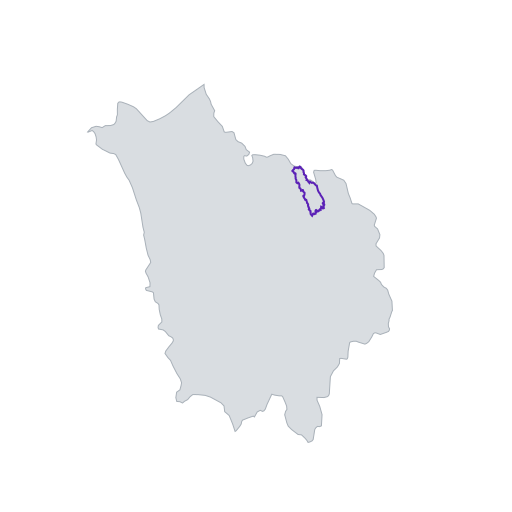 Pastavy, Vitebsk, Belarus shown in context, rotated 69°
{"feature_id": "67162791B41761210959552", "entity_name": "Pastavy", "entity_type": "district", "adm_level": 2, "iso_a3": "BLR", "parent_name": "Belarus", "parent_adm1": "Vitebsk", "projection": "natural_earth1", "projection_center": [27.066, 55.118], "detail": "fine", "context": "in_parent", "style": "outline", "palette": "violet", "viewbox_px": 512, "rotation_deg": 69, "n_neighbors": 0, "source": "geoboundaries", "source_scale": "gbopen_adm2", "svg_char_len": 8405}
<svg xmlns="http://www.w3.org/2000/svg" viewBox="0 0 512 512"><g transform="rotate(69 256 256)"><path d="M412.3,338.4L404.5,338.0L395.3,338.2L390.1,341.0L384.5,339.6L380.5,341.3L371.4,349.1L367.9,353.4L364.6,359.9L362.7,364.7L363.8,368.1L365.6,371.3L366.0,374.7L366.9,377.3L364.7,379.3L363.4,382.1L359.5,381.6L354.7,378.9L353.7,375.0L350.0,372.3L347.6,370.9L343.6,370.7L337.3,372.0L329.0,372.9L322.8,373.2L319.4,374.6L314.4,375.9L312.4,374.3L309.6,369.9L307.2,365.6L305.6,363.6L304.2,363.1L302.6,363.2L300.6,364.6L299.2,366.0L294.0,367.7L291.7,369.2L289.2,373.2L287.5,373.0L285.8,372.0L283.8,367.5L281.0,366.5L276.6,366.4L271.2,365.5L266.8,364.1L265.2,364.5L262.6,366.4L259.7,366.6L253.5,364.9L252.3,365.7L248.8,370.7L247.1,370.9L246.1,370.3L246.6,366.0L243.0,364.5L236.9,364.2L232.7,364.8L230.6,364.7L229.5,363.8L224.3,356.6L221.5,356.1L216.6,356.5L209.2,355.6L200.8,354.0L196.2,353.4L193.8,351.8L188.6,351.2L174.7,348.2L169.0,347.6L160.7,347.6L147.9,346.9L139.8,347.3L136.0,348.3L131.6,348.9L116.5,349.8L111.0,350.6L109.4,352.1L107.6,355.4L101.3,361.2L95.2,365.0L94.1,365.3L90.5,363.3L87.6,362.6L84.1,362.4L81.7,363.0L80.1,364.0L80.2,368.4L79.9,368.8L77.3,363.6L77.6,358.8L79.1,356.1L81.0,353.6L80.3,349.9L82.1,345.1L82.3,341.6L81.5,340.0L80.1,338.3L76.2,336.3L74.5,334.8L69.2,332.8L63.9,330.3L63.1,328.7L63.4,327.7L64.3,326.1L68.4,321.3L72.9,316.8L75.7,314.9L90.6,309.1L92.9,307.0L93.6,303.6L93.4,296.6L92.6,290.2L91.6,285.8L88.9,277.6L81.5,260.6L77.2,243.0L80.2,244.1L87.2,244.5L92.8,243.2L95.7,243.1L98.3,243.5L105.6,242.5L107.4,244.1L110.7,245.5L117.1,243.4L122.9,241.0L128.8,241.2L129.7,240.0L131.2,233.8L133.0,232.4L140.1,233.1L142.7,231.9L145.5,228.9L149.7,227.0L153.2,227.0L156.8,224.8L158.6,226.3L159.4,228.8L158.2,230.9L158.7,231.7L161.2,232.7L165.6,232.7L168.3,231.8L169.0,230.7L169.0,228.5L168.3,226.5L166.5,224.8L163.1,223.9L160.7,223.9L160.3,222.8L161.1,220.5L163.3,216.2L165.9,212.3L167.5,210.9L167.8,209.5L167.5,207.2L167.4,203.0L169.8,197.1L173.0,192.6L177.2,191.2L182.3,190.4L185.6,188.3L187.2,185.9L188.7,182.1L190.3,181.3L202.6,181.8L204.5,178.0L205.6,177.0L208.0,175.9L209.6,174.5L209.0,173.5L205.8,172.8L198.4,172.2L196.9,171.0L197.4,169.4L199.4,165.5L201.3,160.5L202.3,156.6L202.4,154.3L203.5,153.7L209.5,153.0L211.5,152.2L216.7,146.9L220.6,146.0L230.8,147.4L235.5,147.3L241.4,147.6L242.0,147.1L244.0,141.9L254.1,133.5L259.4,130.6L262.8,129.9L264.0,130.1L269.5,134.5L270.7,134.7L274.3,132.8L280.5,132.7L283.4,134.2L287.6,139.6L289.7,140.3L295.8,137.3L299.1,136.3L301.3,136.3L312.8,140.5L313.6,141.8L313.7,143.4L312.0,148.4L314.4,151.4L317.2,153.5L323.0,150.1L325.2,149.1L327.5,149.1L330.7,147.8L332.9,145.9L335.1,145.3L339.3,145.7L346.9,145.3L355.8,148.2L356.6,149.2L361.0,152.7L362.6,154.4L364.1,155.0L366.5,156.7L369.6,157.7L371.8,157.4L372.9,158.0L373.9,159.3L374.0,161.6L373.8,168.1L370.7,171.6L370.3,172.8L370.5,174.2L373.1,177.0L376.4,181.4L377.2,184.0L377.3,185.9L372.9,191.5L371.5,192.9L370.5,195.6L370.1,198.5L370.4,199.6L377.9,204.1L383.4,206.5L384.7,207.7L384.8,208.5L382.0,213.3L381.7,214.6L386.2,216.6L388.7,219.7L391.0,224.9L395.3,229.8L411.0,237.0L412.4,238.3L412.9,239.9L412.5,243.3L409.8,249.7L412.5,250.7L419.4,250.4L427.8,251.2L438.0,255.8L438.1,257.8L437.1,259.7L437.8,261.7L439.0,263.3L447.8,268.4L448.7,269.9L448.9,272.4L448.7,274.2L446.3,274.6L443.7,275.5L439.3,277.6L437.7,280.7L430.7,285.0L426.4,286.9L422.9,287.0L414.5,286.1L411.6,284.0L410.3,282.1L407.1,281.2L402.8,281.2L397.0,281.5L395.8,282.1L394.9,284.4L392.5,288.5L390.7,290.8L398.4,298.8L402.2,302.1L403.4,304.1L403.4,305.6L401.6,307.3L402.0,310.7L405.7,315.2L404.5,315.9L404.3,321.5L404.4,327.4L405.5,328.8L407.5,330.0L409.2,332.2L412.0,337.1L412.3,338.4Z" fill="#d9dde1" stroke="#a8b0b8" stroke-width="1"/><path d="M189.7,191.6L190.1,191.5L190.3,191.3L190.8,190.9L191.2,190.7L191.8,190.7L192.5,190.7L192.8,190.5L192.7,190.2L192.7,189.8L192.9,189.6L193.2,189.5L193.6,189.7L194.0,189.8L194.4,190.1L194.9,190.3L195.2,190.4L195.8,190.6L196.2,190.8L196.6,190.8L196.9,190.8L197.3,191.0L197.7,191.2L198.0,191.3L198.4,191.3L198.9,191.2L199.3,191.1L199.7,191.2L200.2,191.4L200.7,191.5L201.3,191.7L201.5,191.9L201.8,191.9L202.2,191.7L202.6,191.5L203.0,191.2L203.2,190.8L202.9,190.6L202.7,190.4L202.7,190.2L203.1,190.1L203.5,190.0L204.0,189.9L204.8,189.9L205.3,190.0L205.7,190.2L206.3,190.4L206.5,190.6L207.0,190.8L207.5,191.0L207.9,191.1L208.2,190.9L208.3,190.7L208.6,190.5L209.1,190.3L209.5,190.4L210.0,190.4L210.7,190.4L211.2,190.6L211.3,190.3L211.2,190.0L211.3,189.5L211.2,189.1L211.1,188.8L211.2,188.6L211.4,188.5L211.7,188.5L212.3,188.7L212.4,188.9L212.8,188.8L213.2,188.6L213.8,188.3L214.2,188.0L214.9,188.2L215.3,188.4L215.6,188.5L216.0,188.7L216.5,189.1L216.9,189.4L216.7,189.8L216.7,190.1L216.8,190.3L217.0,190.4L217.7,190.4L218.5,190.3L218.8,190.3L219.6,190.1L220.0,189.9L220.5,189.9L220.9,190.0L221.3,189.9L221.4,189.6L221.4,189.2L221.5,189.0L221.8,188.9L222.1,189.0L222.5,189.1L223.0,189.1L223.3,189.1L223.7,189.1L224.1,189.2L224.5,189.3L224.8,189.3L225.1,189.3L225.3,189.0L225.7,188.9L225.9,188.9L226.1,188.9L226.5,188.9L226.8,188.9L227.2,189.1L227.4,189.3L227.8,189.5L228.1,189.5L228.4,189.4L228.7,189.3L229.3,189.3L229.5,189.5L230.1,189.3L230.4,189.3L230.8,189.3L231.0,189.3L231.2,189.7L231.1,189.8L231.3,190.0L231.7,189.9L231.8,189.9L232.0,189.8L232.3,189.7L232.5,189.5L232.6,189.4L233.0,189.3L233.1,189.2L233.3,189.0L233.5,189.0L233.8,189.0L234.0,189.1L234.1,189.4L234.3,189.5L234.6,189.4L234.9,189.4L235.3,189.5L235.6,189.7L235.8,189.8L236.1,189.8L236.3,189.9L236.6,189.9L237.0,189.8L237.1,189.7L237.4,189.6L237.6,189.5L238.0,189.4L238.4,189.3L238.6,189.2L238.3,188.9L238.0,188.7L237.8,188.4L237.6,188.2L237.3,188.0L237.0,187.7L236.9,187.6L236.9,187.3L237.1,187.2L237.3,187.1L237.5,187.1L237.5,186.9L237.7,186.6L237.4,186.4L237.4,186.1L237.5,186.0L237.6,185.9L237.8,185.8L237.8,185.7L237.9,185.3L237.7,185.2L237.3,185.1L237.2,185.0L237.2,184.9L237.1,184.6L237.0,184.4L236.8,184.3L236.6,184.3L236.2,184.5L235.8,184.5L235.7,184.5L235.4,184.4L235.2,184.3L235.1,184.1L234.7,183.8L234.6,183.7L234.6,183.4L234.8,183.3L234.9,183.2L235.1,183.0L235.3,182.9L235.6,182.8L236.0,182.8L236.3,182.7L236.5,182.7L236.6,182.3L236.5,182.2L236.4,182.1L236.4,181.9L236.5,181.7L236.4,181.4L236.2,181.3L236.0,181.2L235.9,181.1L235.9,180.9L236.1,180.9L236.3,180.8L236.3,180.6L236.3,180.4L236.2,180.3L235.7,180.1L235.5,179.9L235.6,179.7L235.8,179.5L236.0,179.4L236.1,179.1L235.7,179.0L235.4,179.1L235.1,179.0L235.0,178.8L235.0,178.6L235.0,178.4L234.8,178.1L234.6,178.0L234.3,177.9L234.1,177.9L233.8,177.7L233.5,177.6L233.3,177.5L233.4,177.4L233.7,177.3L233.9,177.1L234.2,177.0L234.3,177.0L234.5,176.9L234.8,176.8L235.0,176.7L235.4,176.6L235.5,176.6L235.6,176.4L235.6,176.2L235.7,175.8L235.7,175.7L235.6,175.4L235.4,175.4L235.1,175.5L234.9,175.6L234.7,175.7L234.3,175.6L234.0,175.5L233.9,175.4L233.9,175.2L233.8,174.9L233.5,174.8L233.4,174.8L233.1,174.9L232.7,174.9L232.4,174.8L232.4,174.7L232.6,174.6L232.9,174.3L232.9,174.1L232.7,173.9L232.3,173.8L232.1,173.9L231.8,174.0L231.5,174.1L231.2,174.3L231.1,174.5L230.8,174.8L230.6,174.8L230.5,174.7L230.5,174.3L230.6,174.1L230.7,173.9L230.8,173.6L230.6,173.5L230.3,173.4L230.1,173.4L229.8,173.4L229.7,173.4L229.5,173.2L229.4,173.0L229.1,173.0L228.9,173.0L228.4,173.0L228.0,173.0L227.5,173.0L227.0,173.0L226.5,173.1L226.1,173.1L225.6,173.1L225.1,173.2L224.8,173.3L224.3,173.4L224.1,173.5L223.7,173.6L223.2,173.6L222.6,173.9L222.3,173.9L221.6,173.9L221.2,173.9L220.7,173.9L220.4,174.0L220.0,174.2L219.7,174.3L219.4,174.4L219.1,174.5L218.7,174.5L218.4,174.5L218.0,174.6L217.6,174.6L217.2,174.7L216.9,174.6L216.4,174.6L215.5,174.5L214.9,174.4L214.5,174.4L213.9,174.3L213.4,174.2L212.9,174.1L212.1,174.0L211.9,174.4L211.4,174.8L209.9,175.4L208.8,175.8L207.9,176.4L207.9,177.1L207.7,177.8L207.1,178.1L206.5,178.6L205.9,178.9L206.2,179.3L206.9,180.0L206.0,180.3L205.3,180.6L204.3,180.6L203.5,181.3L203.4,180.9L202.3,181.0L201.0,181.3L200.3,181.4L200.0,180.8L199.4,180.5L198.3,180.9L197.8,181.4L197.0,182.0L196.5,181.7L195.6,181.5L194.5,181.6L193.9,181.1L193.1,181.0L192.5,181.2L191.8,181.5L191.4,182.0L190.3,182.5L189.6,182.5L188.9,182.6L188.1,183.1L188.2,183.6L188.9,184.1L189.4,184.7L189.3,185.1L188.7,185.3L188.1,185.9L188.3,186.4L188.1,187.0L187.6,187.8L187.0,188.2L187.0,188.3L187.4,188.6L187.6,188.8L188.0,189.0L188.4,189.2L188.7,189.6L188.8,189.9L188.9,190.4L189.2,190.9L189.4,191.2L189.6,191.6L189.7,191.6Z" fill="none" stroke="#5b21b6" stroke-width="2"/></g></svg>